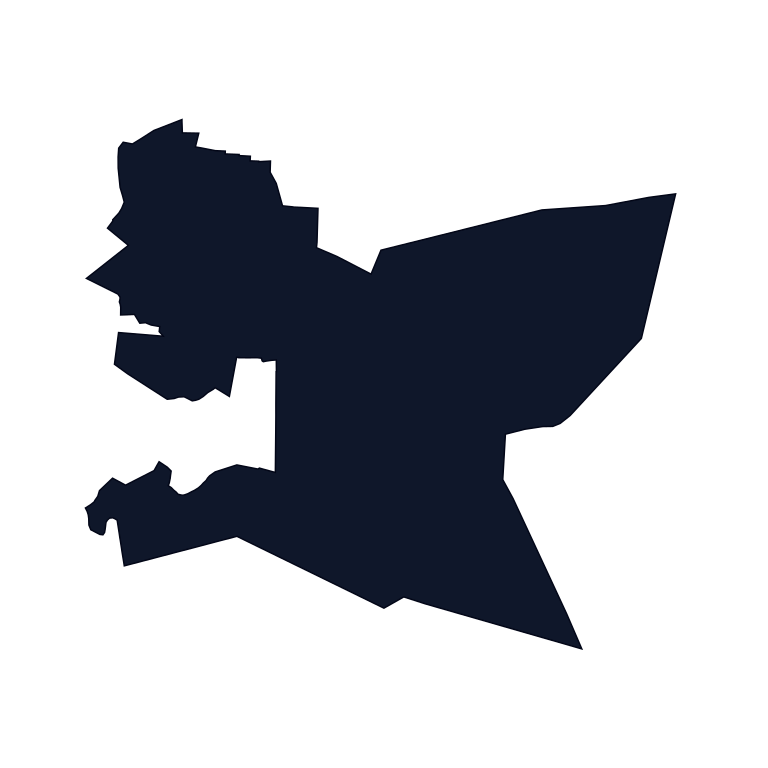 Magdalena Apasco, Oaxaca, Mexico (orthographic projection), rotated 84°
{"feature_id": "50627088B71310669163149", "entity_name": "Magdalena Apasco", "entity_type": "district", "adm_level": 2, "iso_a3": "MEX", "parent_name": "Mexico", "parent_adm1": "Oaxaca", "projection": "orthographic", "projection_center": [-96.817, 17.249], "detail": "fine", "context": "isolated", "style": "filled", "palette": "ink", "viewbox_px": 768, "rotation_deg": 84, "n_neighbors": 0, "source": "geoboundaries", "source_scale": "gbopen_adm2", "svg_char_len": 2676}
<svg xmlns="http://www.w3.org/2000/svg" viewBox="0 0 768 768"><g transform="rotate(84 384 384)"><path d="M668.1,215.0L631.9,226.3L511.5,267.6L491.5,275.9L473.3,272.9L446.6,268.5L443.7,248.8L442.9,230.8L443.8,220.6L441.6,212.9L434.8,202.2L365.6,123.3L225.4,74.1L226.1,101.1L229.7,145.0L227.4,208.8L241.7,309.7L250.6,373.0L273.4,385.4L252.3,417.4L241.4,436.9L236.0,435.8L202.4,431.3L199.6,448.7L199.3,450.9L199.1,451.9L199.0,452.9L198.8,453.9L198.7,454.9L198.2,456.7L196.2,466.3L173.2,470.2L161.5,475.1L150.4,473.6L149.8,485.5L149.3,485.4L148.1,493.8L143.5,493.1L141.7,504.3L140.6,504.1L138.6,517.9L135.8,517.5L134.3,527.4L130.2,540.8L128.5,546.8L115.2,542.0L113.2,558.3L101.8,557.5L99.9,557.3L107.8,586.3L115.2,601.1L119.0,609.1L116.3,618.1L121.7,623.2L130.4,624.7L141.6,625.8L160.9,625.9L169.4,624.3L176.0,623.3L182.1,626.6L186.3,629.8L192.3,636.6L193.5,636.6L200.1,642.7L219.4,623.7L247.9,668.9L266.7,639.3L269.8,637.5L271.7,637.6L274.7,638.6L277.1,638.0L280.1,637.8L287.0,638.6L287.8,638.7L288.0,635.9L288.2,633.0L288.7,624.9L298.0,620.5L298.1,614.7L299.3,612.6L300.1,611.1L301.0,609.4L302.7,603.5L303.4,601.0L305.2,601.4L308.4,602.1L311.4,599.9L313.4,598.6L305.1,642.6L325.3,647.4L336.2,650.0L347.3,637.6L376.5,601.2L376.5,594.2L375.5,589.8L375.8,584.1L377.8,580.9L380.7,576.5L380.5,573.1L379.8,569.7L377.5,565.1L374.1,560.2L371.4,554.4L370.0,552.3L370.6,551.6L372.7,548.8L373.4,547.9L374.1,547.0L380.2,539.1L342.1,527.8L342.4,525.3L342.7,525.4L343.8,515.6L344.4,509.1L344.7,506.8L345.3,504.2L345.5,503.2L347.6,502.9L348.5,502.6L349.2,501.6L348.9,499.0L348.7,493.9L348.7,493.1L348.8,488.6L360.5,489.7L360.5,490.0L392.4,493.6L404.9,494.9L420.7,496.7L460.6,501.3L459.8,503.4L458.5,506.8L457.6,509.0L457.5,509.3L456.2,512.7L454.6,516.7L455.4,518.3L449.1,538.8L453.8,561.1L457.1,567.0L459.2,569.3L461.4,571.0L463.5,573.9L465.7,576.3L467.9,579.4L470.0,583.7L471.0,586.6L472.6,590.5L473.4,593.8L473.6,595.6L473.2,597.4L472.1,600.4L469.9,601.9L467.5,604.3L464.8,606.4L463.3,608.3L462.6,609.2L459.9,607.9L455.4,606.5L452.7,605.9L448.3,604.8L444.1,608.2L437.8,615.8L441.4,618.4L446.1,621.7L457.6,651.6L449.3,663.8L460.3,678.1L465.8,680.4L469.7,683.8L470.2,684.0L471.1,684.8L473.5,688.6L476.1,693.9L479.7,692.5L483.2,691.8L487.0,691.7L493.5,692.2L498.3,690.8L503.9,682.3L504.6,679.3L502.4,677.4L499.6,676.6L497.1,676.0L494.4,675.4L492.4,674.9L490.3,673.2L488.7,671.0L488.7,667.7L489.9,665.7L491.5,663.6L505.7,662.9L508.9,662.8L511.9,662.6L516.2,662.4L520.0,662.2L523.0,662.1L530.1,661.7L533.5,661.5L537.7,661.3L532.6,627.9L529.9,610.4L526.6,588.6L523.1,566.1L520.1,546.2L606.9,407.5L597.8,386.6L606.9,366.0L668.1,215.0Z" fill="#0f172a" stroke="#020617" stroke-width="1.5"/></g></svg>